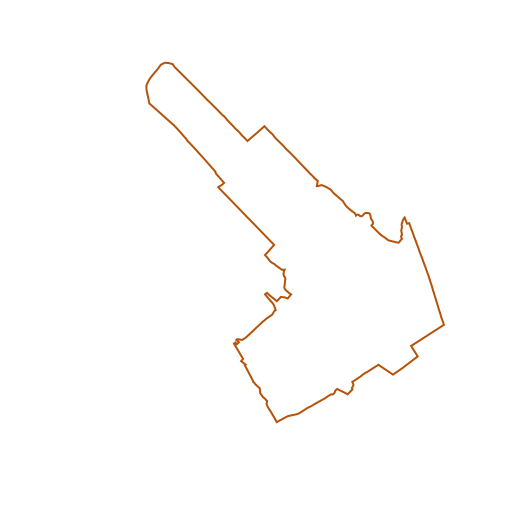 Ghindeni, Dolj, Romania, rotated 37°
{"feature_id": "2599482B6715750772475", "entity_name": "Ghindeni", "entity_type": "district", "adm_level": 2, "iso_a3": "ROU", "parent_name": "Romania", "parent_adm1": "Dolj", "projection": "natural_earth1", "projection_center": [23.924, 44.199], "detail": "fine", "context": "isolated", "style": "outline", "palette": "amber", "viewbox_px": 512, "rotation_deg": 37, "n_neighbors": 0, "source": "geoboundaries", "source_scale": "gbopen_adm2", "svg_char_len": 6126}
<svg xmlns="http://www.w3.org/2000/svg" viewBox="0 0 512 512"><g transform="rotate(37 256 256)"><path d="M366.5,373.5L372.5,376.2L375.0,370.8L377.9,364.6L384.4,357.1L384.8,356.2L385.6,354.4L387.6,349.0L388.1,347.6L388.8,345.9L390.6,342.4L391.9,339.1L394.0,334.3L395.5,330.9L396.8,327.9L397.8,324.8L398.5,323.1L399.5,320.9L400.2,320.7L400.7,320.2L400.9,319.4L401.1,318.2L400.4,315.7L400.8,313.4L408.0,312.0L411.6,311.4L412.4,311.4L413.3,304.5L412.1,303.8L412.1,303.3L411.8,302.2L411.7,300.9L411.1,300.0L410.0,299.4L409.1,298.8L408.7,298.6L409.6,296.1L410.5,293.6L411.9,289.7L412.4,287.9L412.5,286.9L413.1,285.4L413.7,283.4L414.5,282.0L416.4,276.7L417.0,275.1L417.5,273.8L418.4,271.5L418.7,270.8L419.2,269.2L423.4,269.0L436.8,268.3L440.4,257.4L445.6,238.9L438.6,236.2L434.0,234.5L447.5,197.9L445.1,196.2L444.9,196.1L444.1,195.6L443.4,195.1L442.7,194.6L441.9,194.1L441.1,193.6L440.4,193.1L439.7,192.6L439.0,192.0L438.3,191.5L437.7,191.0L436.2,190.0L435.5,189.5L434.8,189.0L433.4,188.0L431.9,186.9L431.2,186.4L430.4,185.8L429.6,185.3L428.9,184.7L428.1,184.1L427.3,183.6L426.5,183.0L425.7,182.4L424.9,181.8L424.1,181.2L423.3,180.6L422.5,180.1L420.9,178.9L420.1,178.3L419.4,177.8L418.5,177.2L417.6,176.6L416.8,175.9L415.9,175.3L415.1,174.7L414.3,174.0L413.4,173.4L409.1,170.4L408.3,169.8L407.4,169.2L406.6,168.6L404.8,167.4L403.9,166.9L403.1,166.3L400.4,164.6L399.6,164.0L397.8,162.8L396.9,162.3L396.0,161.7L395.1,161.1L394.2,160.5L391.4,158.7L390.5,158.1L388.7,157.0L387.7,156.4L386.8,155.8L386.0,155.3L384.4,154.3L383.6,153.8L382.0,152.7L381.2,152.2L380.3,151.6L378.6,150.5L377.7,149.9L376.8,149.4L376.0,148.8L375.5,148.5L375.1,148.2L374.3,147.7L373.4,147.2L372.6,146.7L372.1,146.3L371.6,146.0L370.7,145.5L369.8,144.9L369.0,144.3L368.1,143.8L367.3,143.2L366.3,142.6L365.7,142.2L364.7,141.5L364.3,141.3L361.2,139.3L358.6,137.6L357.1,139.3L351.5,135.8L351.4,136.2L351.6,137.5L351.7,138.4L351.8,139.1L352.6,141.4L353.2,142.9L353.7,143.6L354.1,144.1L354.7,144.4L355.3,145.4L356.2,147.2L356.6,148.1L356.8,148.4L357.3,148.9L359.3,150.6L359.7,151.0L359.9,151.3L359.8,151.9L359.8,152.3L360.0,152.8L360.5,153.4L360.8,153.7L361.0,153.9L361.6,154.1L362.1,154.3L362.2,154.6L362.2,154.9L362.2,155.3L362.1,156.0L362.0,156.6L362.0,158.3L362.0,158.9L361.8,159.7L358.8,161.1L356.8,161.9L352.4,163.8L349.8,163.8L346.7,163.8L344.5,164.0L343.1,164.0L341.5,163.9L336.7,163.2L330.0,162.3L329.8,161.8L330.0,160.4L330.0,159.9L329.1,158.8L328.7,158.4L327.6,157.8L325.9,157.2L325.2,156.8L324.4,156.2L324.0,155.7L323.5,155.2L322.7,154.6L321.9,154.2L321.3,153.9L321.1,153.7L320.3,153.9L319.5,154.4L317.5,155.8L317.2,156.4L317.0,156.9L316.9,158.4L316.7,159.9L316.4,160.8L316.2,161.0L315.7,161.3L314.9,161.4L313.7,161.4L312.7,161.5L312.1,161.9L311.8,162.3L311.7,162.6L311.5,163.1L311.5,163.5L310.9,163.1L310.0,162.7L309.3,162.4L308.8,162.3L307.3,162.3L306.5,162.4L305.7,162.4L304.7,162.4L303.5,162.4L302.3,162.3L301.7,162.3L301.0,162.2L300.2,162.1L299.5,162.1L298.8,162.0L298.0,161.9L295.5,161.1L293.4,160.3L292.8,160.0L292.1,159.8L289.9,159.7L288.6,159.7L287.7,159.5L284.1,159.3L280.4,159.1L278.3,158.7L277.6,158.5L276.2,158.0L274.3,158.2L271.7,158.4L267.9,159.2L265.6,160.0L263.1,163.2L262.5,163.6L260.1,158.8L259.2,158.8L258.1,158.7L257.2,158.6L256.8,158.6L256.6,158.5L256.4,158.5L255.7,158.8L255.3,158.4L254.6,158.3L252.6,158.0L250.0,157.7L247.6,157.3L238.3,155.8L224.5,153.5L218.7,152.7L217.4,152.6L216.4,152.5L215.7,152.4L215.1,152.4L214.6,152.3L212.7,151.8L211.3,151.5L201.0,150.2L200.6,150.1L199.3,149.8L197.3,149.3L195.6,148.8L193.9,148.7L192.5,148.6L190.4,148.3L184.6,147.3L184.4,148.5L183.3,153.9L182.6,157.3L181.5,162.3L180.0,169.3L176.0,168.6L171.8,168.1L169.8,167.6L168.5,167.3L166.6,167.0L165.0,166.8L163.7,166.8L162.4,166.6L159.9,166.1L158.6,165.9L153.8,165.1L150.5,164.7L149.7,164.3L147.4,163.8L146.1,163.6L145.1,163.7L144.3,163.6L136.4,162.4L129.4,161.4L124.3,160.8L120.8,160.3L114.1,159.2L105.2,157.9L76.9,154.0L74.2,152.9L70.2,154.4L66.8,156.6L64.9,160.5L65.0,165.7L64.7,170.1L64.5,174.9L64.5,178.5L65.1,182.7L66.0,186.0L68.5,189.1L72.0,192.2L75.9,195.5L78.9,198.3L112.5,201.1L117.7,202.0L129.7,204.5L131.3,205.0L131.9,205.3L133.2,205.6L133.9,205.6L134.6,205.6L135.0,205.7L138.4,206.3L140.5,206.7L143.2,207.1L149.1,208.3L157.6,209.9L163.1,211.1L172.7,213.1L173.6,213.6L174.2,214.2L176.3,214.7L186.5,216.8L186.2,218.6L185.6,220.8L185.0,222.0L184.4,223.8L263.8,236.2L263.2,243.5L262.6,249.8L264.7,250.3L265.9,250.4L267.6,250.9L270.1,251.7L271.9,251.8L273.6,251.7L275.1,251.4L276.0,251.4L277.3,251.6L278.8,251.5L281.5,251.5L283.8,251.5L285.0,251.3L285.6,251.2L285.9,250.7L287.1,249.7L287.2,250.3L287.6,251.7L287.9,252.2L288.2,252.8L288.9,253.9L289.3,254.2L289.8,254.7L290.7,255.3L291.2,255.4L291.8,255.5L292.3,255.9L292.9,256.2L293.2,256.6L293.5,257.1L293.9,257.9L294.2,258.4L294.9,259.7L295.5,260.5L296.0,261.2L296.4,261.9L296.6,262.6L297.0,263.2L297.5,264.0L298.4,264.7L299.5,265.1L300.7,265.4L302.5,265.5L303.9,265.6L305.2,265.7L307.1,265.5L306.9,270.8L303.8,271.8L302.2,272.7L301.0,273.4L300.5,273.7L300.3,275.6L299.8,279.5L297.1,279.4L293.1,279.3L289.9,279.2L287.1,278.8L286.9,279.4L286.6,279.9L286.5,280.3L286.4,280.8L286.3,281.2L291.8,282.5L293.9,282.9L295.9,283.3L297.9,283.7L299.9,284.5L301.8,285.7L304.3,287.3L303.8,288.9L303.9,290.6L304.2,292.1L304.1,293.3L304.0,294.1L303.6,294.8L302.4,298.6L302.0,299.9L301.7,301.1L301.4,302.8L301.0,304.1L300.6,306.6L300.3,308.4L299.3,313.7L298.9,316.4L297.1,326.6L296.6,328.3L295.4,331.4L294.6,331.9L292.6,332.8L291.0,333.8L290.8,334.9L294.2,335.1L293.8,338.0L291.5,337.6L291.2,339.3L307.6,345.9L307.6,346.1L307.4,348.9L312.8,349.0L312.3,349.6L312.4,349.8L315.6,351.3L319.5,353.1L321.1,353.9L324.6,355.5L329.2,357.8L329.7,358.0L329.8,358.2L330.0,358.1L330.8,358.3L332.3,358.7L333.3,358.9L334.3,359.0L335.2,359.1L336.3,359.2L336.9,359.2L337.8,359.2L338.4,359.4L339.3,360.0L339.6,360.3L339.9,360.6L340.4,361.3L340.9,361.9L341.5,362.6L341.8,363.0L342.5,363.3L343.1,363.3L343.9,363.6L344.7,363.9L345.7,364.3L345.9,364.4L346.6,364.5L348.3,364.5L349.5,364.7L351.6,365.1L352.1,365.1L353.4,367.7L356.0,369.4L358.4,370.3L360.6,371.1L366.5,373.5Z" fill="none" stroke="#b45309" stroke-width="2"/></g></svg>